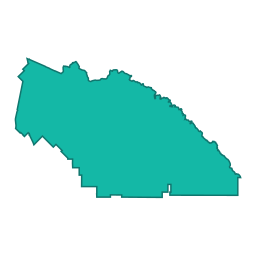 Kalamunda, Western Australia, Australia (Albers equal-area conic projection)
{"feature_id": "25037944B74850979375149", "entity_name": "Kalamunda", "entity_type": "district", "adm_level": 2, "iso_a3": "AUS", "parent_name": "Australia", "parent_adm1": "Western Australia", "projection": "albers", "projection_center": [116.154, -32.004], "detail": "fine", "context": "isolated", "style": "filled", "palette": "teal", "viewbox_px": 256, "rotation_deg": 0, "n_neighbors": 0, "source": "geoboundaries", "source_scale": "gbopen_adm2", "svg_char_len": 5738}
<svg xmlns="http://www.w3.org/2000/svg" viewBox="0 0 256 256"><path d="M237.8,195.3L237.8,177.5L240.6,177.6L240.3,176.5L239.2,175.0L238.2,174.2L237.6,174.1L237.3,174.2L236.5,173.8L235.7,174.2L235.3,174.1L235.1,173.8L234.9,172.8L234.7,172.4L234.1,171.8L232.4,170.5L232.4,170.1L231.9,169.0L231.9,168.4L230.9,168.0L230.1,167.9L229.7,167.6L229.5,166.8L230.2,165.6L230.3,164.2L229.9,162.9L228.9,160.8L227.9,159.5L226.5,158.7L226.2,158.3L225.4,157.7L224.2,155.9L223.3,155.8L222.7,155.1L222.4,155.1L222.3,154.9L221.7,154.8L221.4,154.3L220.7,153.9L220.7,153.5L220.4,153.5L220.1,153.1L219.7,151.9L219.2,151.5L219.2,151.1L218.4,150.4L218.4,150.1L218.2,150.0L218.1,149.8L217.9,149.7L217.7,149.9L217.7,149.2L217.3,148.7L216.9,148.3L216.9,148.2L217.2,148.0L217.1,147.6L217.3,147.5L217.0,146.6L217.4,145.5L217.1,145.3L217.0,144.8L216.8,144.6L216.8,144.2L216.1,143.6L215.9,143.0L215.7,143.0L215.6,142.4L215.4,142.4L215.1,142.0L214.5,142.0L214.1,141.5L213.6,141.7L213.1,141.3L212.9,141.3L212.7,141.4L212.6,142.1L212.3,142.1L212.1,142.5L211.6,142.6L211.1,143.0L210.7,143.1L210.0,142.8L209.8,142.9L209.9,143.1L209.6,143.1L209.3,142.9L208.9,142.2L208.3,142.0L207.5,141.3L207.5,140.9L206.9,140.7L206.7,140.1L206.4,140.0L205.9,140.1L205.6,139.9L204.8,138.9L203.6,138.0L203.2,137.2L202.6,136.6L202.3,136.7L202.1,136.5L201.9,135.3L202.3,133.6L202.3,133.2L202.2,132.8L201.7,132.2L200.7,131.5L200.4,131.0L200.1,131.1L199.9,131.4L199.4,131.5L198.9,131.0L198.6,131.0L198.1,129.9L196.6,128.1L196.2,127.9L195.9,128.0L195.8,127.7L195.4,127.5L195.3,127.1L195.1,126.9L195.2,126.4L194.3,124.9L193.8,124.4L193.1,123.2L192.4,122.9L191.3,123.2L190.7,123.2L190.0,124.2L190.1,123.7L190.6,122.9L191.1,122.8L191.6,122.2L191.7,121.6L191.9,121.4L191.8,121.2L191.6,121.1L190.1,121.4L189.9,121.6L189.3,121.5L188.7,120.8L188.6,120.4L188.3,120.1L187.2,120.0L186.7,120.0L186.6,120.3L186.4,120.5L186.5,120.3L186.4,120.0L186.1,119.4L185.7,119.0L185.4,119.1L185.4,118.9L185.0,119.1L185.2,118.6L185.2,118.3L185.3,118.3L185.1,117.6L185.5,116.1L185.4,115.3L183.9,114.7L183.2,115.1L183.3,114.5L183.2,113.7L182.7,113.2L182.3,113.3L182.4,112.9L182.2,112.6L181.7,112.6L182.1,112.5L182.2,111.9L181.5,110.7L181.0,110.4L181.3,109.8L181.7,109.6L181.6,109.3L181.5,109.1L181.2,108.8L180.3,108.9L179.8,109.2L179.6,109.5L179.0,109.6L178.6,108.6L178.6,108.0L178.0,107.2L177.2,107.2L175.4,106.8L174.8,106.8L175.3,106.0L175.3,105.7L175.2,105.5L174.4,105.1L173.9,105.0L172.7,105.8L172.1,105.8L172.0,106.0L172.2,106.7L171.4,106.7L171.3,106.4L170.9,106.2L169.5,106.7L170.1,106.1L170.1,105.7L170.9,105.6L171.5,105.8L171.3,105.3L171.7,104.9L171.8,104.7L171.0,103.0L170.1,102.0L169.4,101.7L169.1,101.9L169.1,101.6L168.7,101.6L169.1,101.1L169.2,100.7L169.9,101.0L170.1,100.9L170.2,100.4L170.0,100.1L169.4,100.1L168.2,99.0L167.9,98.5L167.0,97.8L166.2,97.8L165.9,98.4L164.1,97.4L163.7,97.4L163.3,98.0L162.8,98.1L162.3,98.0L160.8,98.7L160.8,99.1L160.1,98.9L160.2,97.6L160.6,97.4L160.7,97.0L160.4,96.6L160.2,95.7L159.6,94.9L158.5,95.4L158.1,95.2L156.7,95.4L156.3,95.4L155.9,95.6L155.5,96.1L155.3,97.7L155.2,98.0L155.0,97.7L154.9,97.9L154.9,98.1L155.2,98.3L154.9,98.5L154.7,98.1L154.7,97.7L154.8,97.6L154.6,97.0L153.9,96.9L154.2,96.9L154.4,96.7L154.3,95.8L154.5,95.3L154.6,94.4L155.2,94.2L155.5,93.7L155.9,92.4L155.5,91.7L155.0,91.6L154.3,90.8L153.3,90.2L153.3,90.3L152.7,90.1L151.7,88.9L151.3,88.6L151.3,87.7L149.5,87.4L148.3,86.9L147.8,87.0L147.4,87.3L146.6,87.5L146.3,87.3L146.1,86.9L145.1,86.6L143.6,85.8L143.2,85.0L143.4,84.4L143.2,83.9L142.9,84.0L142.4,83.9L142.2,84.1L142.2,84.4L141.3,85.0L139.9,83.1L138.7,82.5L137.9,82.7L137.7,82.3L137.4,81.9L135.7,81.9L135.1,81.6L134.4,81.0L133.4,80.5L133.0,80.5L132.3,81.1L132.0,81.1L131.4,81.0L130.6,80.4L129.9,80.3L129.6,80.1L129.3,79.4L129.7,79.0L129.9,78.6L129.9,77.9L130.1,77.3L131.4,76.4L131.5,75.9L131.1,75.5L130.3,75.7L129.9,75.7L128.7,74.9L126.5,73.7L125.0,73.4L124.3,72.9L123.4,71.8L122.6,71.3L121.7,71.3L121.7,71.6L120.6,71.9L119.3,73.0L118.6,73.2L118.1,72.9L117.8,72.4L117.4,70.3L116.5,69.8L113.7,69.9L112.7,70.4L112.5,71.0L112.3,71.2L110.3,70.3L109.6,71.8L109.8,72.8L109.7,74.4L109.2,75.0L108.4,75.5L107.9,76.0L107.4,77.2L107.4,77.4L106.8,78.4L106.5,78.7L105.2,79.0L104.6,78.8L103.9,79.0L102.8,78.6L101.3,78.7L101.0,78.9L100.2,79.9L99.5,80.2L96.7,80.4L95.2,80.1L92.9,80.6L92.4,80.8L92.1,80.8L90.9,81.5L90.5,81.5L89.2,81.0L88.4,80.4L88.3,80.0L88.4,79.0L88.3,78.0L87.7,77.2L87.3,76.5L87.1,75.3L86.6,74.3L86.5,73.5L86.7,72.8L86.5,72.6L86.0,72.1L85.0,70.9L84.1,70.3L82.3,70.1L82.1,69.9L81.6,69.8L80.8,69.3L80.3,69.3L79.6,68.6L79.0,68.4L79.0,67.7L79.2,67.1L79.2,66.4L78.8,65.9L77.9,64.2L77.1,63.3L76.6,62.2L76.1,61.9L75.9,61.6L75.4,61.7L74.7,62.4L73.6,62.5L73.2,62.7L72.8,62.7L72.9,63.2L72.1,63.4L71.5,64.4L70.9,64.4L70.8,64.6L70.3,64.8L69.8,65.8L69.8,66.5L69.7,67.4L69.4,67.5L68.7,67.1L68.3,67.1L67.9,66.7L65.3,66.2L65.3,66.5L63.6,66.1L63.1,67.5L63.2,69.7L63.4,71.0L63.3,71.6L62.9,72.1L61.1,73.6L55.0,70.9L54.9,71.0L50.3,68.9L49.5,68.4L49.4,68.3L46.2,67.0L45.5,66.7L45.3,66.4L29.2,59.4L29.1,59.2L28.9,59.4L27.1,58.6L27.8,61.5L27.9,62.8L28.6,63.5L22.8,69.2L24.3,70.7L18.2,76.6L22.9,81.3L17.2,109.7L17.7,110.3L17.2,111.2L16.9,112.1L15.5,118.5L15.4,120.0L16.0,125.4L15.9,127.3L15.6,128.5L20.2,133.0L20.7,132.5L23.3,135.0L23.1,135.2L24.4,136.5L28.2,132.7L29.0,133.5L29.1,134.4L29.4,134.1L29.8,135.7L33.1,142.6L33.9,144.8L42.4,136.1L53.3,147.1L56.0,144.4L61.4,149.8L61.4,150.0L62.1,150.5L61.1,151.4L67.8,158.1L67.8,159.1L72.6,159.1L72.5,163.3L72.7,167.7L79.2,167.7L79.2,175.1L81.7,175.1L81.6,186.6L96.8,186.6L96.8,193.6L96.6,193.9L96.7,194.1L96.8,197.1L110.4,197.1L110.4,194.9L121.7,195.0L121.7,197.1L162.2,197.4L162.2,192.1L167.9,192.1L167.9,184.4L170.9,184.4L170.9,192.1L169.9,192.1L169.9,195.2L237.8,195.3Z" fill="#14b8a6" stroke="#0f766e" stroke-width="1.5"/></svg>